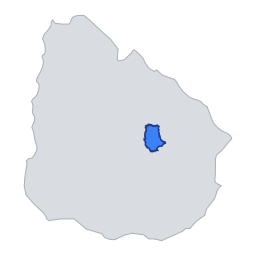 Arévalo, Cerro Largo, Uruguay (highlighted)
{"feature_id": "84410073B27325052760321", "entity_name": "Arévalo", "entity_type": "district", "adm_level": 2, "iso_a3": "URY", "parent_name": "Uruguay", "parent_adm1": "Cerro Largo", "projection": "albers", "projection_center": [-55.198, -32.737], "detail": "fine", "context": "in_parent", "style": "filled", "palette": "blue", "viewbox_px": 256, "rotation_deg": 0, "n_neighbors": 0, "source": "geoboundaries", "source_scale": "gbopen_adm2", "svg_char_len": 5874}
<svg xmlns="http://www.w3.org/2000/svg" viewBox="0 0 256 256"><path d="M221.3,185.6L219.4,187.3L217.3,190.5L214.7,198.4L206.5,209.1L204.8,215.2L196.0,221.5L189.9,228.6L185.9,228.4L182.3,231.4L161.6,240.6L154.2,238.9L148.7,238.9L143.6,234.8L132.0,233.3L124.7,235.0L115.0,239.6L112.0,239.6L109.9,239.4L104.6,237.5L101.6,233.6L86.5,229.2L74.2,218.9L59.8,219.0L48.8,220.6L47.1,219.3L45.9,216.6L43.5,212.8L33.7,203.8L26.0,194.8L24.2,185.8L25.0,176.0L26.9,164.3L26.4,160.7L29.1,158.5L31.9,158.0L34.5,154.9L36.7,150.3L37.0,146.8L35.0,140.5L33.5,131.6L31.8,127.3L34.7,120.2L34.7,116.8L32.9,113.8L32.3,110.7L33.0,107.6L32.8,104.5L31.6,101.7L32.4,99.2L35.1,97.2L37.2,94.3L38.5,90.3L39.1,87.3L39.1,85.2L38.2,83.2L36.4,81.4L37.1,77.8L40.4,72.2L42.4,67.3L43.3,63.0L43.2,59.6L42.0,57.0L42.4,55.2L44.5,54.2L45.3,51.5L44.9,44.6L42.5,39.0L44.1,34.5L48.8,29.2L51.2,25.0L51.3,21.8L52.7,19.9L55.1,23.3L61.9,24.1L68.8,24.1L69.9,23.2L72.4,17.5L76.0,15.8L79.8,15.4L84.1,15.6L88.6,19.2L101.5,31.2L110.9,39.6L113.7,43.6L116.2,46.5L118.1,49.3L117.4,56.5L117.5,59.7L117.9,60.6L120.0,60.7L123.2,60.1L125.8,58.6L127.9,56.2L129.9,54.3L131.5,53.3L132.1,51.8L133.0,50.2L134.0,49.8L135.8,51.0L140.2,55.1L143.5,58.9L144.3,61.1L145.6,63.4L147.0,65.4L148.0,67.3L151.2,69.8L154.5,71.5L156.7,69.8L162.3,75.1L174.6,79.5L176.8,82.2L178.9,86.0L183.2,91.7L189.1,96.9L193.8,99.1L198.4,100.4L200.9,101.6L202.7,103.6L205.4,105.8L207.2,106.6L207.7,108.5L209.5,112.7L211.3,117.9L213.3,122.8L217.6,127.6L222.6,131.3L227.7,133.5L230.6,136.1L231.8,138.8L228.2,142.6L224.3,147.5L220.9,151.4L217.5,154.0L216.3,155.9L215.5,158.8L215.3,174.2L214.9,179.9L215.1,181.4L215.6,182.5L217.7,184.0L220.3,185.3L221.3,185.6Z" fill="#d9dde1" stroke="#a8b0b8" stroke-width="1"/><path d="M157.2,125.4L157.2,125.2L156.8,125.1L156.7,125.2L156.6,125.3L156.2,126.1L155.9,126.2L155.7,126.2L155.3,126.1L155.2,126.0L154.9,126.3L154.7,126.0L154.4,125.9L154.6,125.7L154.4,125.7L154.3,125.8L154.0,125.8L153.8,125.9L153.6,126.0L153.4,125.9L153.2,125.8L153.1,126.0L152.9,125.9L152.6,125.9L152.4,125.7L152.3,125.9L152.2,125.8L152.3,125.6L152.2,125.6L152.0,125.4L151.9,125.3L151.9,125.1L151.7,124.8L151.4,124.9L151.2,125.2L150.9,125.4L150.8,125.1L150.7,125.0L150.5,124.7L150.4,124.8L149.9,124.7L149.7,124.7L149.3,124.4L149.0,124.4L148.9,124.3L148.4,124.5L148.5,124.7L148.7,124.8L148.6,125.2L148.2,125.4L148.1,125.8L148.0,125.7L147.8,125.3L147.4,125.3L147.2,125.7L146.6,125.5L146.4,125.5L146.4,125.8L146.3,126.0L146.2,126.0L146.3,126.1L146.2,126.2L145.9,126.1L145.8,126.3L146.0,126.5L145.8,126.7L145.8,126.9L145.6,127.3L145.8,127.3L146.2,127.5L145.9,127.8L146.0,127.9L146.0,128.1L145.9,128.4L146.0,128.4L146.0,128.7L146.1,128.8L146.1,129.1L146.2,129.3L146.3,129.4L146.5,129.5L146.5,129.9L146.5,130.0L146.4,130.1L146.2,130.3L146.1,130.7L146.1,130.8L146.0,130.7L145.9,130.8L145.7,131.0L145.7,131.3L145.6,131.6L145.6,131.8L145.4,131.9L145.4,132.1L145.3,132.3L145.2,132.4L145.2,132.5L145.3,132.5L145.2,132.7L145.1,132.8L145.1,133.2L145.0,133.5L144.9,133.7L144.9,133.8L144.9,134.0L144.8,134.3L144.9,134.5L145.0,134.5L145.2,134.9L145.1,135.0L145.1,135.3L144.9,135.6L145.0,135.8L144.8,135.9L144.9,136.1L144.8,136.4L144.9,136.5L145.0,136.5L145.4,136.9L145.5,137.1L145.6,137.4L145.5,137.6L145.4,137.7L145.4,137.8L145.4,138.0L145.5,138.2L145.5,138.3L145.6,138.5L145.3,138.8L145.2,138.8L145.0,138.7L144.6,138.5L144.4,138.5L144.3,139.0L144.2,139.0L144.4,139.7L144.2,139.9L144.2,140.1L144.2,140.3L144.5,140.5L144.8,140.6L145.3,141.2L145.2,141.7L145.1,142.0L145.4,142.4L145.5,142.5L145.6,142.9L145.5,143.3L145.4,143.6L145.4,144.2L145.4,144.3L145.4,144.5L145.5,144.8L145.4,145.0L145.5,145.4L145.8,145.7L146.1,145.8L146.3,145.9L146.4,146.1L146.5,146.2L146.5,146.3L146.4,146.6L146.4,146.8L146.6,147.0L146.8,147.0L147.1,147.1L147.2,147.6L147.3,147.7L147.7,147.5L147.8,147.5L148.0,148.0L148.4,147.9L148.6,147.9L148.9,148.1L149.4,148.8L149.6,149.0L149.7,149.4L149.6,149.9L149.7,150.0L150.0,150.1L150.3,150.3L150.5,150.4L150.5,150.5L150.4,150.6L150.4,150.8L150.6,151.1L150.7,151.3L150.7,151.5L151.1,151.6L151.4,151.5L151.5,151.5L151.8,151.6L151.8,151.3L151.8,151.2L151.7,151.1L151.5,150.9L151.5,150.7L151.9,150.8L151.9,151.0L152.0,151.0L152.2,150.9L152.4,151.0L152.6,151.2L152.9,151.5L153.1,151.5L153.3,151.5L153.6,151.5L153.9,151.4L154.0,151.3L154.0,151.0L154.2,150.9L154.3,150.8L154.4,150.7L154.6,150.7L154.7,150.8L154.7,150.7L154.9,150.5L155.0,150.5L155.0,150.3L155.1,150.2L155.6,150.5L155.8,150.6L156.0,150.6L156.3,150.5L156.5,150.6L156.8,150.5L157.0,150.5L157.4,150.4L157.8,150.4L157.6,150.0L157.4,150.0L157.3,149.9L157.1,149.7L156.8,149.2L156.7,149.1L156.8,148.9L157.1,148.6L157.3,147.9L157.5,147.6L157.8,147.4L157.7,147.2L158.2,147.0L158.7,146.8L158.9,146.6L159.0,146.3L159.5,146.1L161.8,146.1L161.9,145.9L162.2,145.8L162.3,145.5L162.7,145.0L162.9,144.7L163.1,144.5L163.4,144.1L163.7,144.0L163.6,143.8L163.5,143.6L163.7,143.4L163.9,143.3L164.3,143.3L164.5,143.3L164.8,143.3L165.1,143.3L165.3,143.2L165.2,142.9L165.3,142.7L165.4,142.4L165.3,142.2L165.1,142.0L164.8,141.8L164.5,141.8L163.9,142.0L163.7,142.0L163.4,141.6L162.8,141.0L162.5,140.9L162.4,141.1L162.1,141.2L162.0,140.8L161.8,140.6L161.7,140.3L161.7,140.2L161.2,140.0L160.7,139.6L160.6,139.2L160.5,138.7L160.4,138.5L160.4,138.2L160.2,137.5L160.0,137.4L160.1,136.9L160.0,136.7L159.8,136.6L159.4,136.5L159.2,136.4L159.3,136.2L159.6,136.2L159.8,136.1L159.9,135.9L159.6,135.4L159.4,135.3L159.2,135.0L159.2,134.8L159.4,134.5L159.4,134.3L159.3,134.2L159.1,134.1L158.9,134.0L158.9,133.9L158.9,133.7L159.1,133.6L159.1,133.4L159.2,133.2L158.9,132.3L158.5,131.7L158.5,131.1L158.6,130.8L158.8,130.5L158.8,130.4L158.6,130.2L158.8,129.9L158.9,129.7L158.7,129.4L158.4,129.1L158.4,128.8L158.3,128.3L158.4,128.1L158.6,127.9L158.6,127.7L158.5,127.4L158.5,126.7L158.8,126.7L159.0,126.4L158.9,126.3L158.6,126.3L158.4,126.3L158.1,126.1L158.0,125.7L157.7,125.6L157.2,125.4Z" fill="#3b82f6" stroke="#1e3a8a" stroke-width="1.5"/></svg>